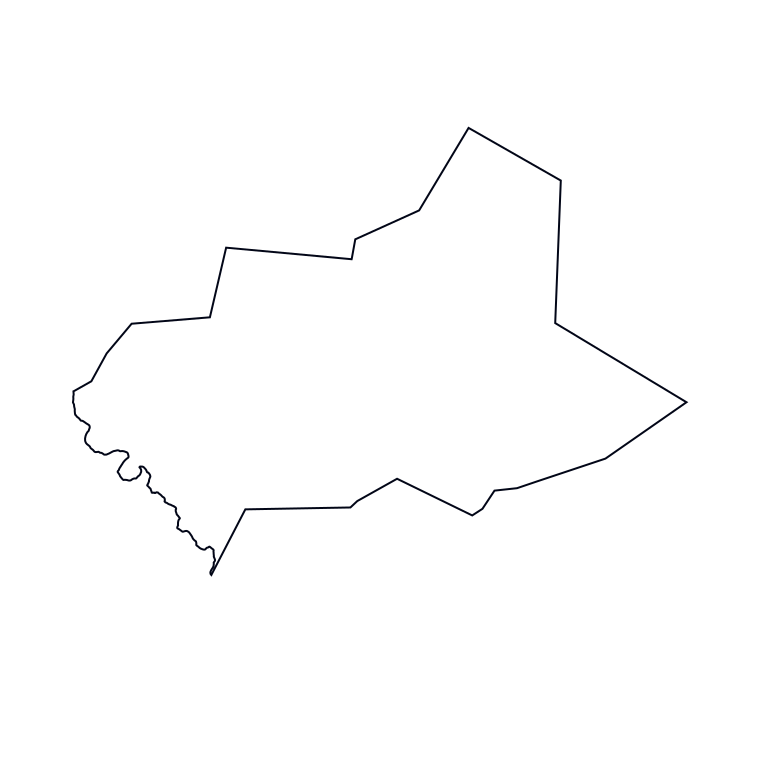 outline of Divisaderos, Sonora, Mexico, rotated 140°
{"feature_id": "50627088B51411213680248", "entity_name": "Divisaderos", "entity_type": "district", "adm_level": 2, "iso_a3": "MEX", "parent_name": "Mexico", "parent_adm1": "Sonora", "projection": "albers", "projection_center": [-109.248, 29.625], "detail": "fine", "context": "isolated", "style": "outline", "palette": "ink", "viewbox_px": 768, "rotation_deg": 140, "n_neighbors": 0, "source": "geoboundaries", "source_scale": "gbopen_adm2", "svg_char_len": 5842}
<svg xmlns="http://www.w3.org/2000/svg" viewBox="0 0 768 768"><g transform="rotate(140 384 384)"><path d="M213.7,320.6L117.8,426.2L154.6,525.8L245.5,494.4L313.0,513.3L327.2,501.5L328.6,500.4L417.3,589.9L474.5,547.0L538.6,592.4L576.8,585.7L606.4,574.2L626.3,577.9L626.6,578.0L628.5,575.4L630.2,574.0L631.5,572.3L632.7,571.1L633.5,570.4L634.1,569.8L634.3,569.0L634.7,567.5L635.9,565.8L637.0,563.5L638.2,562.2L639.6,560.2L640.2,559.1L640.3,558.9L640.1,558.1L640.3,556.6L640.1,555.5L639.8,554.4L639.7,553.2L639.7,552.2L639.8,551.4L639.7,550.7L639.0,550.0L638.5,549.3L638.1,548.0L637.7,546.5L637.4,545.2L636.7,543.2L636.4,542.0L636.4,541.6L636.8,540.6L637.6,539.6L639.3,538.7L640.1,538.1L640.3,538.0L641.0,537.9L642.1,537.8L644.3,537.0L646.2,535.9L646.9,535.3L647.7,534.7L648.2,534.2L648.4,533.9L649.0,533.2L649.4,532.6L649.6,532.3L649.9,531.4L650.1,530.8L650.2,530.3L650.2,529.0L650.1,528.4L649.7,526.6L649.5,525.2L649.6,524.8L649.9,523.7L649.9,523.2L649.7,522.3L649.4,520.9L649.3,520.5L649.3,520.2L649.3,519.0L649.3,518.5L649.3,518.3L649.1,517.8L649.0,517.6L648.8,517.3L648.4,517.0L648.2,516.8L646.3,515.6L646.1,515.2L646.0,514.9L645.9,514.6L645.8,514.1L645.7,514.0L645.6,513.8L644.6,512.7L644.1,511.2L643.9,510.2L643.8,509.9L643.4,509.4L642.2,508.5L641.9,508.3L640.5,507.9L639.3,507.5L635.8,506.8L634.3,506.4L633.6,506.0L632.9,505.6L630.9,504.6L630.2,503.9L629.9,503.6L629.8,503.3L629.7,502.8L629.5,502.4L629.3,502.1L628.9,501.8L627.6,500.9L626.6,499.8L625.9,498.7L625.2,497.4L625.0,497.2L624.8,496.3L624.8,495.8L625.0,495.2L625.2,494.6L625.5,494.2L625.7,493.6L626.2,492.8L626.6,492.3L626.8,492.2L627.1,492.1L627.5,492.0L628.4,492.1L628.9,492.1L630.8,492.1L632.5,491.9L634.4,491.5L636.1,490.9L637.9,490.4L638.7,490.1L638.9,490.0L639.6,489.9L639.9,489.8L641.4,489.2L642.6,488.5L643.5,488.4L643.9,488.3L644.1,488.2L644.4,488.0L644.6,487.7L644.7,486.7L644.8,485.4L644.8,485.1L644.9,484.5L645.4,483.1L645.4,482.8L645.5,482.0L645.5,480.8L645.5,480.0L645.5,479.3L645.4,478.3L645.3,478.1L645.2,477.9L644.2,477.3L643.5,476.6L642.9,476.0L642.2,475.1L642.0,474.7L641.8,474.4L641.5,474.1L641.2,473.8L640.6,473.3L640.1,473.1L639.5,472.9L639.2,472.9L638.4,472.9L637.1,472.6L636.9,472.5L636.3,472.3L635.7,471.9L635.2,471.4L634.8,471.1L634.6,471.0L634.2,471.0L632.4,471.3L631.8,471.4L630.5,471.3L629.9,471.3L629.1,471.5L628.8,471.6L626.5,472.8L626.1,473.2L626.0,473.4L625.4,474.1L625.1,474.7L624.8,476.2L624.9,477.0L624.9,477.3L624.7,477.5L624.1,477.6L623.8,477.5L623.6,477.3L622.7,476.5L622.5,476.3L622.2,476.0L622.0,475.8L621.9,475.6L621.8,475.3L621.6,474.9L621.5,474.3L621.5,474.0L621.4,472.0L621.5,470.9L622.0,469.3L622.1,469.1L622.1,468.8L622.1,468.6L622.0,468.3L622.0,468.2L621.6,467.8L621.6,467.7L621.5,467.4L621.5,466.3L621.6,465.5L621.6,465.2L621.8,464.6L622.1,463.9L622.4,463.4L622.6,463.3L622.7,463.1L623.7,462.6L624.7,462.1L625.0,461.9L626.0,461.2L626.7,460.4L626.8,460.3L627.0,460.2L627.5,460.1L627.8,459.9L628.2,459.6L628.6,459.4L628.9,459.2L629.2,459.2L629.3,459.2L629.8,459.0L630.3,458.7L630.5,458.6L630.6,458.4L630.6,458.1L630.4,456.7L630.4,455.3L630.3,454.8L630.2,454.5L630.2,454.3L630.2,454.1L630.2,453.8L630.3,453.5L630.6,452.9L630.8,452.3L631.2,451.2L631.3,450.8L631.5,450.5L631.6,450.3L631.7,450.1L631.6,449.9L631.4,449.7L631.2,449.4L630.5,449.0L630.3,448.8L630.2,448.6L629.9,448.5L629.8,448.3L629.7,448.2L629.7,447.9L629.4,447.6L628.9,447.4L628.3,447.4L628.2,447.4L627.7,447.1L626.9,446.1L626.9,445.9L626.9,445.7L626.9,445.2L626.8,444.7L626.5,443.6L626.2,442.0L626.2,440.8L626.1,440.0L625.8,439.1L625.6,438.5L625.6,437.7L625.8,437.0L626.2,436.4L626.5,435.9L626.7,435.7L627.1,435.5L627.3,435.3L627.5,435.2L627.6,434.9L627.6,434.6L627.5,434.2L627.5,433.7L627.3,433.4L626.9,432.8L626.7,432.3L626.4,431.1L626.3,430.8L626.2,430.6L626.0,430.1L625.4,429.1L625.1,428.8L624.9,428.2L624.6,427.7L624.4,426.9L623.7,425.8L623.6,425.6L623.5,425.4L623.5,425.2L623.5,424.8L623.5,424.7L623.4,424.6L623.3,424.4L623.2,424.2L623.1,423.8L623.0,423.5L623.0,423.3L623.1,422.8L623.3,422.3L623.4,422.1L623.7,421.8L624.2,421.7L624.3,421.6L625.0,420.8L625.3,420.4L625.4,420.2L626.2,418.1L626.5,417.6L626.6,416.9L626.6,416.7L626.5,415.4L626.6,413.8L626.6,412.6L626.7,412.4L626.8,412.3L627.0,412.2L628.1,412.0L628.8,411.8L629.6,411.3L630.7,410.4L631.6,409.4L632.2,408.7L632.7,408.0L632.9,407.9L633.7,407.6L633.9,407.5L634.1,407.3L634.4,407.1L634.8,406.8L634.9,406.6L635.0,406.2L634.9,405.9L634.6,405.1L634.4,404.8L634.3,404.5L634.2,404.0L634.0,403.3L633.6,401.6L633.5,401.1L633.4,400.7L633.2,400.3L632.8,400.0L632.6,399.9L632.1,399.7L631.2,399.3L630.8,399.1L630.3,398.8L630.0,398.6L629.6,398.2L629.3,397.8L628.9,396.7L628.8,396.3L628.7,395.9L628.7,395.3L628.7,394.8L629.0,391.6L629.1,390.9L629.2,390.4L629.6,389.1L629.8,387.8L629.7,386.9L629.7,386.4L629.5,385.3L629.3,384.8L629.3,384.6L629.3,384.2L629.6,383.5L630.0,382.9L630.3,382.4L630.8,381.8L631.1,381.6L631.3,381.3L631.3,380.9L631.2,380.1L631.0,379.5L630.7,378.1L630.7,377.5L630.5,376.7L630.3,376.0L630.1,375.5L629.7,374.9L629.4,374.2L628.6,373.1L628.2,372.7L627.8,372.4L627.5,372.3L627.2,372.2L626.9,372.2L626.6,372.3L625.7,372.4L625.1,372.4L624.4,372.2L623.9,371.9L623.5,371.8L623.1,371.7L622.8,371.8L622.5,371.7L622.2,371.5L622.1,371.2L622.0,370.9L621.5,368.2L621.3,367.6L621.2,366.9L621.2,366.7L621.3,366.3L621.4,366.1L621.6,366.0L622.2,365.4L622.8,364.5L623.5,363.6L624.0,362.9L624.6,362.0L625.2,361.2L625.4,361.1L625.5,360.8L626.0,359.1L626.3,358.4L626.5,357.9L626.8,357.6L627.1,357.3L627.3,357.2L627.6,357.1L628.1,357.0L629.1,356.7L629.3,356.6L629.5,356.3L630.0,355.6L631.4,354.3L632.4,353.7L633.4,353.3L635.7,352.6L637.0,352.0L637.9,351.5L638.5,350.8L639.0,349.8L639.0,348.7L570.8,377.1L489.1,311.0L479.7,311.5L434.9,303.0L400.9,226.6L388.8,225.1L367.9,231.3L349.1,218.7L329.6,211.1L262.3,184.5L164.0,175.6L211.2,313.3L211.7,314.8L213.7,320.6Z" fill="none" stroke="#020617" stroke-width="2"/></g></svg>